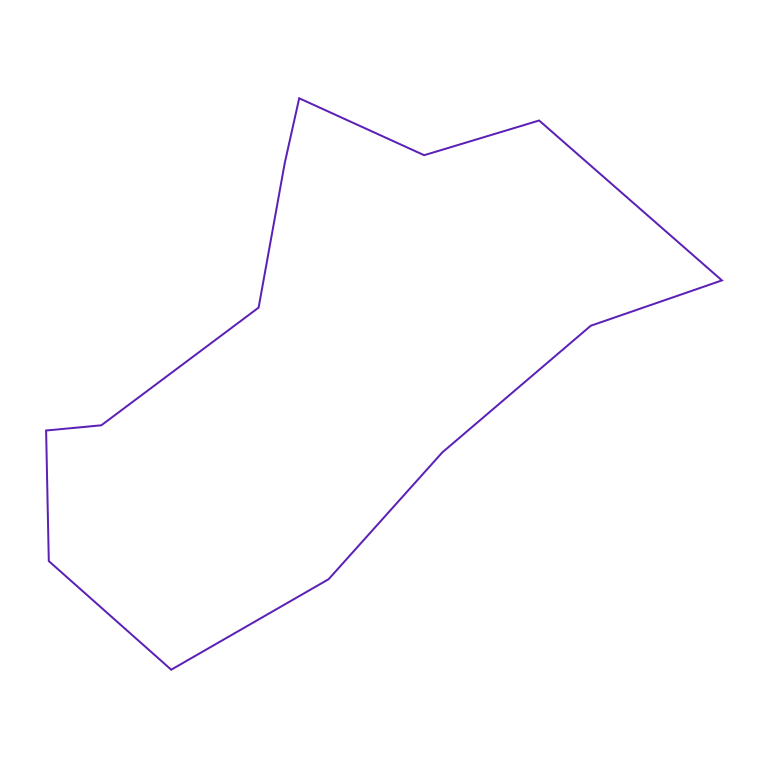 outline of São Lourenço dos Órgãos
{"feature_id": "CPV-5050", "entity_name": "São Lourenço dos Órgãos", "entity_type": "state/province", "adm_level": 1, "iso_a3": "CPV", "parent_name": "Cabo Verde", "parent_adm1": "", "projection": "albers", "projection_center": [-23.579, 15.047], "detail": "fine", "context": "isolated", "style": "outline", "palette": "violet", "viewbox_px": 768, "rotation_deg": 0, "n_neighbors": 0, "source": "natural_earth", "source_scale": "10m", "svg_char_len": 291}
<svg xmlns="http://www.w3.org/2000/svg" viewBox="0 0 768 768"><path d="M46.1,430.5L101.3,425.3L258.6,307.6L284.8,162.8L299.2,98.3L424.1,155.2L539.1,120.5L721.9,280.4L590.8,325.7L442.2,452.5L328.6,579.2L171.2,669.7L48.8,561.1L46.1,430.5Z" fill="none" stroke="#5b21b6" stroke-width="2"/></svg>